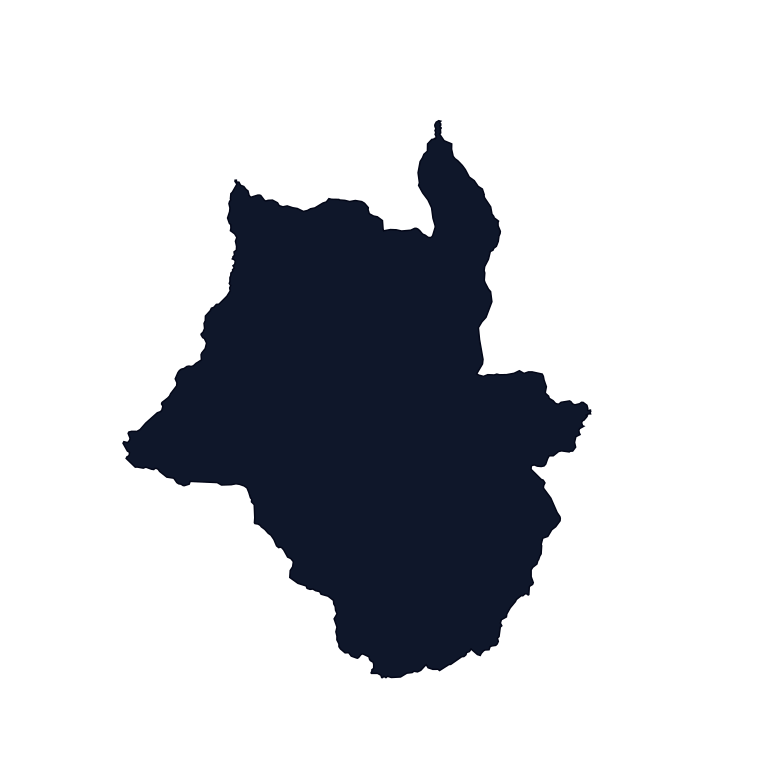 Mamasa, Sulawesi Barat, Indonesia, rotated 211°
{"feature_id": "22746128B65559589019405", "entity_name": "Mamasa", "entity_type": "district", "adm_level": 2, "iso_a3": "IDN", "parent_name": "Indonesia", "parent_adm1": "Sulawesi Barat", "projection": "albers", "projection_center": [119.392, -2.996], "detail": "fine", "context": "isolated", "style": "filled", "palette": "ink", "viewbox_px": 768, "rotation_deg": 211, "n_neighbors": 0, "source": "geoboundaries", "source_scale": "gbopen_adm2", "svg_char_len": 6171}
<svg xmlns="http://www.w3.org/2000/svg" viewBox="0 0 768 768"><g transform="rotate(211 384 384)"><path d="M191.6,464.8L192.7,465.8L192.6,466.8L193.6,468.0L195.5,466.3L196.0,466.4L196.8,468.1L199.1,470.3L203.8,470.8L205.3,470.0L206.1,467.9L209.7,464.4L212.2,464.1L214.6,465.1L216.2,465.1L222.8,459.5L223.7,457.0L224.6,456.3L227.0,455.7L230.4,456.8L234.9,456.8L236.7,458.4L240.4,459.1L241.4,459.8L243.4,465.3L248.8,469.8L251.4,472.7L253.5,474.0L263.2,470.7L266.5,468.7L269.4,465.2L274.8,465.1L278.0,460.2L283.8,455.1L289.7,451.4L292.4,450.6L294.2,448.5L299.9,445.4L302.6,441.8L307.5,440.4L309.8,440.5L309.9,451.9L311.8,456.1L325.0,471.3L332.1,480.9L332.1,487.6L330.9,493.7L333.9,510.1L340.2,518.1L343.3,519.1L349.7,523.0L351.5,524.6L354.8,531.1L356.6,532.8L358.2,536.5L358.7,544.6L361.1,552.3L359.5,554.8L359.8,556.9L358.6,559.9L359.5,565.1L361.6,569.9L362.0,572.8L362.9,574.8L367.6,578.3L369.4,581.1L369.7,582.6L375.2,583.2L376.2,584.2L379.0,585.3L383.8,590.8L393.6,595.4L395.1,596.7L395.6,597.9L400.1,601.8L405.1,601.9L411.4,604.8L417.5,605.3L424.7,609.7L429.5,611.7L435.8,613.4L439.1,613.7L442.0,614.8L447.0,620.1L449.6,624.7L457.8,623.5L465.1,626.9L464.7,628.4L467.1,631.8L466.7,632.4L467.2,633.2L467.9,633.0L469.0,634.0L468.6,634.9L469.3,636.2L471.1,636.8L470.7,638.5L472.7,637.9L474.1,635.4L474.0,632.7L473.4,631.4L470.9,629.3L470.9,627.6L469.2,626.2L468.7,624.2L467.2,623.4L466.3,621.8L466.5,620.3L467.3,620.4L467.5,619.3L469.0,618.3L470.3,612.2L466.7,605.9L468.1,601.5L467.5,597.7L467.6,593.3L463.6,582.6L457.3,574.7L456.6,572.0L449.2,567.7L441.1,564.4L434.0,559.6L427.4,551.3L421.8,546.1L420.9,544.9L418.8,536.6L418.7,535.0L419.6,533.4L421.8,532.4L425.1,532.8L428.2,532.4L432.5,533.9L434.9,534.3L436.7,534.0L437.9,533.2L440.3,529.6L447.7,524.2L452.9,522.5L458.0,519.7L463.2,515.1L464.5,516.2L469.5,523.3L475.8,523.9L479.5,522.6L484.3,522.4L487.4,525.2L488.3,527.1L493.8,528.9L497.0,528.9L503.1,526.5L507.4,522.7L512.0,521.3L516.8,518.9L517.7,519.0L524.1,515.3L526.7,514.5L527.2,510.4L529.6,507.6L534.0,499.3L537.2,496.4L539.0,493.3L542.0,490.4L548.7,489.8L553.0,488.1L558.7,486.8L561.9,483.8L564.9,483.1L565.9,483.0L568.6,484.5L574.3,484.2L578.0,481.7L579.6,479.9L581.2,479.9L586.7,482.1L587.8,481.9L589.4,481.0L594.4,475.4L596.8,476.2L600.1,479.5L602.3,479.7L605.9,481.1L609.3,480.5L612.3,482.3L613.8,481.4L614.8,481.7L615.5,482.7L616.6,482.0L616.1,480.9L613.0,479.5L612.8,470.2L613.3,468.3L611.1,463.8L610.2,462.9L610.4,461.0L609.8,458.7L606.7,455.5L605.1,452.2L603.6,445.7L599.3,442.1L597.4,441.6L595.5,438.8L594.6,436.3L589.4,435.8L585.6,433.8L584.9,429.9L581.3,426.1L579.5,422.7L580.6,420.0L578.5,417.4L579.0,415.1L578.4,414.4L578.5,413.1L576.0,413.4L574.8,412.7L573.6,409.7L574.4,407.6L572.0,406.3L572.7,404.0L571.7,402.6L572.4,400.3L571.2,398.1L570.9,395.9L568.9,392.6L568.4,390.5L566.1,389.5L565.8,386.9L563.8,384.6L563.9,378.3L566.6,367.4L568.7,365.9L569.4,362.0L571.0,360.1L570.7,357.3L572.1,350.3L569.8,346.2L569.5,343.3L566.4,339.2L565.8,335.1L566.5,332.9L566.2,332.0L563.3,330.4L561.4,330.5L557.2,327.7L555.5,322.2L556.2,316.9L555.9,314.9L552.9,310.6L555.8,304.9L556.8,301.4L558.3,299.7L560.4,298.9L562.0,297.5L563.4,294.3L565.4,292.3L566.3,290.2L566.5,287.7L565.6,280.9L562.1,278.4L560.8,275.6L561.9,265.9L561.6,263.2L562.2,260.5L564.8,253.8L564.4,252.3L562.5,251.3L561.9,250.5L560.9,246.8L561.6,244.9L563.5,242.6L568.1,227.8L569.6,219.3L571.4,216.1L575.9,213.5L578.0,211.4L577.9,209.9L573.7,206.7L573.1,204.5L573.6,201.7L577.3,200.6L577.2,198.8L569.5,194.4L566.9,194.3L565.8,191.8L565.9,190.5L566.8,189.4L566.7,187.4L554.4,184.6L552.8,185.7L547.0,187.9L545.3,190.1L539.5,191.2L537.3,192.1L536.9,193.7L535.1,194.6L533.4,194.5L531.3,193.5L522.2,192.3L515.7,195.0L510.8,192.8L508.6,192.7L506.3,193.6L503.9,193.5L502.8,194.0L499.4,197.8L500.0,200.7L476.2,213.6L471.3,213.7L463.1,219.0L459.5,222.2L456.2,223.6L451.3,224.6L448.8,224.4L447.9,224.3L444.1,221.5L439.9,217.7L438.1,217.1L436.9,214.7L433.1,213.7L425.9,202.8L423.6,198.3L422.8,197.9L419.7,199.1L417.3,199.1L415.6,198.4L411.3,198.0L406.3,196.4L403.1,196.2L398.3,194.0L392.7,189.9L390.0,189.5L388.8,190.8L387.2,191.0L384.5,190.1L377.5,186.0L374.0,186.4L370.2,185.0L368.2,180.3L368.3,175.8L365.1,169.6L355.1,168.8L346.7,170.8L344.9,169.3L344.1,169.3L341.6,169.9L339.4,171.6L336.2,171.6L332.2,172.9L329.7,171.4L322.8,173.3L315.9,172.5L313.8,169.6L311.2,168.1L309.0,165.1L305.9,162.9L305.8,157.0L299.1,151.4L297.6,146.8L294.5,143.7L292.6,140.4L288.8,138.0L287.3,135.6L284.9,134.5L278.9,133.5L275.9,135.5L271.9,133.9L266.4,135.0L265.5,135.3L264.9,136.5L264.4,140.2L263.3,141.7L256.4,142.4L254.5,140.5L253.2,139.9L250.0,139.9L248.3,138.2L246.4,134.9L247.2,132.9L246.5,131.6L246.3,129.7L245.7,129.5L240.6,132.6L236.7,132.8L234.8,131.2L234.0,131.6L233.5,133.3L231.1,133.3L230.4,135.3L226.6,136.2L218.9,141.4L215.5,147.9L211.2,151.2L210.4,153.2L207.0,154.5L205.0,157.5L203.4,165.2L200.0,163.5L195.1,164.6L190.8,167.3L188.8,167.0L183.9,176.9L182.4,178.0L176.9,190.3L175.2,191.5L174.8,192.4L174.3,194.1L174.9,196.3L173.0,198.7L172.9,201.7L164.6,200.2L161.7,200.9L161.9,203.2L161.2,206.7L160.2,208.2L157.1,210.3L157.8,213.2L156.9,214.8L153.6,217.5L153.1,219.3L153.4,222.2L155.9,224.6L155.3,226.7L159.1,235.5L158.5,237.4L161.1,239.0L162.0,242.4L159.1,247.4L160.3,250.2L160.5,257.2L159.3,265.2L159.5,267.5L157.4,273.2L155.9,274.0L155.0,276.9L153.2,277.7L151.8,277.4L151.4,278.1L154.9,284.8L154.9,285.9L153.4,288.7L153.7,290.6L158.6,294.6L162.1,300.4L162.1,303.4L160.2,308.4L161.2,311.9L161.0,313.0L161.8,316.5L161.8,319.3L165.6,326.6L166.7,327.5L168.5,333.6L165.1,337.7L165.1,345.5L163.3,350.1L162.6,357.4L163.7,359.7L164.9,360.9L169.4,363.0L182.2,372.1L193.7,376.9L194.8,379.0L195.1,382.1L198.0,383.6L200.1,383.2L214.0,386.6L215.4,389.3L215.0,390.7L213.3,392.1L210.4,392.5L206.8,394.2L204.6,396.2L204.1,398.6L205.3,404.4L205.4,407.6L201.9,409.7L199.6,416.0L197.4,418.1L190.2,421.2L189.8,422.3L187.7,423.7L187.2,428.6L190.6,432.1L192.4,437.6L189.9,441.7L191.6,442.8L193.2,444.8L193.3,446.6L191.0,450.7L192.3,450.5L194.2,452.1L194.8,453.1L194.9,454.7L194.0,455.9L193.3,460.0L193.3,461.1L194.4,461.1L194.7,461.7L193.6,462.5L193.6,463.6L191.6,464.8Z" fill="#0f172a" stroke="#020617" stroke-width="1.5"/></g></svg>